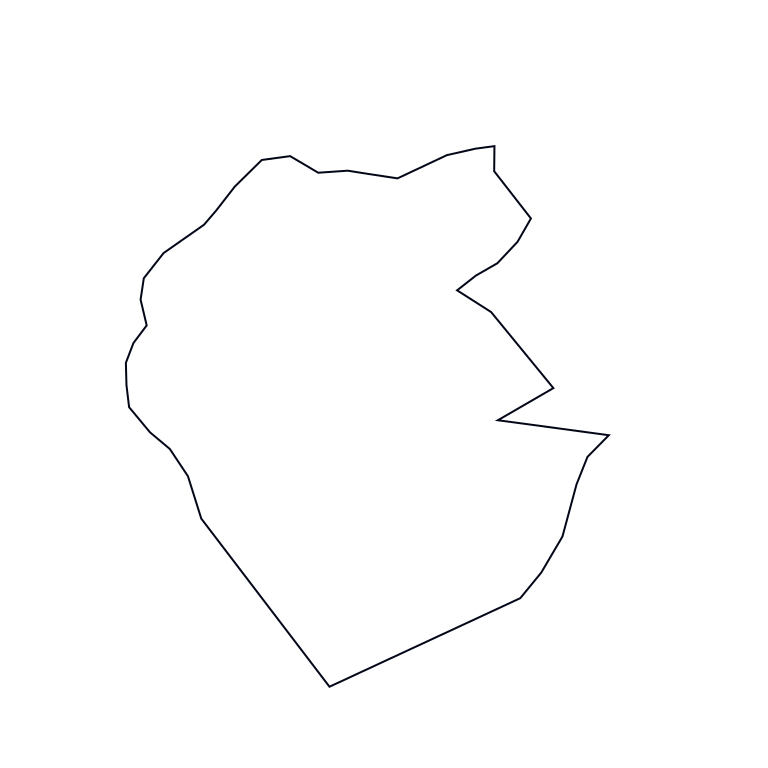 Vila Flor, Rio Grande do Norte, Brazil (Robinson projection), rotated 325°
{"feature_id": "56859067B91583565778488", "entity_name": "Vila Flor", "entity_type": "district", "adm_level": 2, "iso_a3": "BRA", "parent_name": "Brazil", "parent_adm1": "Rio Grande do Norte", "projection": "robinson", "projection_center": [-35.08, -6.303], "detail": "fine", "context": "isolated", "style": "outline", "palette": "ink", "viewbox_px": 768, "rotation_deg": 325, "n_neighbors": 0, "source": "geoboundaries", "source_scale": "gbopen_adm2", "svg_char_len": 670}
<svg xmlns="http://www.w3.org/2000/svg" viewBox="0 0 768 768"><g transform="rotate(325 384 384)"><path d="M610.9,252.5L593.7,243.6L566.8,232.6L513.0,223.3L492.0,203.3L476.7,188.5L451.3,173.2L437.8,143.5L412.4,130.4L375.0,136.7L346.2,145.6L327.9,150.3L300.6,150.3L278.6,150.3L247.9,159.6L233.0,175.3L223.2,199.9L202.3,206.7L184.7,218.6L172.4,237.2L161.9,256.8L164.6,289.4L171.3,314.4L170.5,347.1L157.1,389.5L165.7,600.7L372.8,637.6L404.6,628.7L442.7,611.3L484.2,576.6L508.9,560.4L538.8,554.9L456.5,479.0L520.4,484.5L513.0,386.5L497.6,349.2L521.6,347.9L546.2,350.1L575.0,344.1L599.3,332.7L596.3,272.9L610.9,252.5Z" fill="none" stroke="#020617" stroke-width="2"/></g></svg>